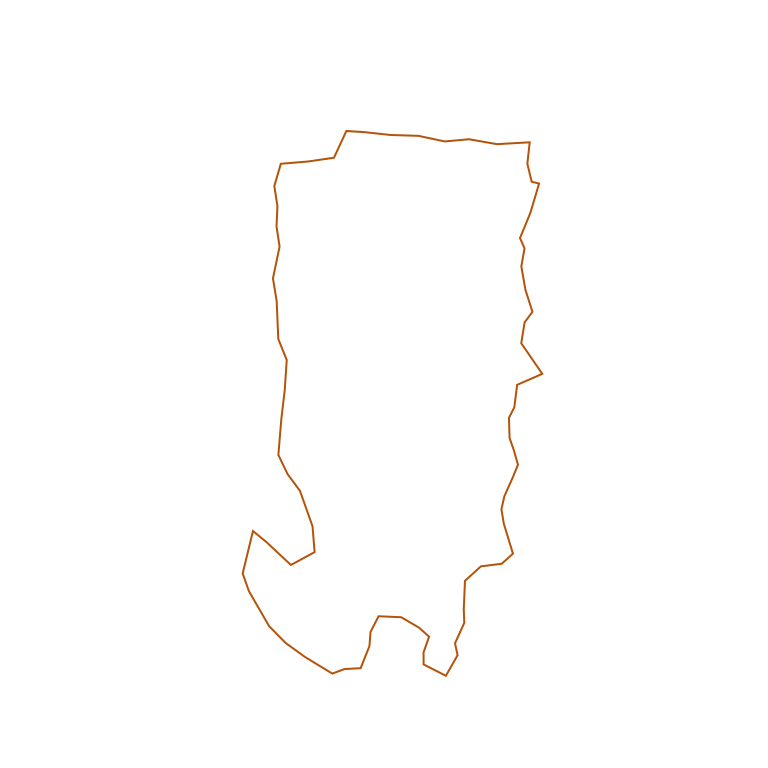 the district of Ardana, Cyprus, rotated 27°
{"feature_id": "46923920B85221731865635", "entity_name": "Ardana", "entity_type": "district", "adm_level": 2, "iso_a3": "CYP", "parent_name": "Cyprus", "parent_adm1": "", "projection": "equal_earth", "projection_center": [33.895, 35.353], "detail": "fine", "context": "isolated", "style": "outline", "palette": "amber", "viewbox_px": 768, "rotation_deg": 27, "n_neighbors": 0, "source": "geoboundaries", "source_scale": "gbopen_adm2", "svg_char_len": 1125}
<svg xmlns="http://www.w3.org/2000/svg" viewBox="0 0 768 768"><g transform="rotate(27 384 384)"><path d="M192.1,234.6L196.4,257.4L208.3,273.9L216.7,292.4L228.6,309.0L237.1,340.3L250.7,358.8L269.4,391.9L286.4,406.7L298.3,434.4L308.5,462.0L322.1,495.2L339.1,508.1L357.7,517.4L384.9,543.2L398.5,565.3L383.2,587.5L350.9,578.2L334.0,574.5L337.9,590.9L344.1,617.0L357.7,629.9L391.7,652.0L413.8,659.4L437.6,663.1L469.4,665.5L478.1,656.0L492.2,647.8L490.0,624.1L484.6,611.2L484.6,593.4L505.2,584.0L525.9,585.2L538.9,588.7L541.1,605.2L546.6,615.9L571.6,615.9L572.7,592.3L565.0,582.8L564.0,560.4L557.4,548.6L545.5,522.6L553.1,502.5L570.5,490.7L575.9,476.6L554.2,454.1L545.5,442.3L542.2,429.3L541.1,408.1L540.0,395.1L530.2,384.5L520.4,375.1L510.7,357.4L510.7,345.6L503.0,324.3L520.4,303.1L509.6,297.2L487.8,285.4L481.3,265.3L483.5,252.3L467.2,235.8L453.0,216.9L447.6,199.3L438.9,192.2L437.8,178.0L436.7,165.0L431.2,135.0L423.7,136.7L411.7,122.6L404.1,102.5L375.8,119.0L348.7,127.3L328.0,140.3L301.9,147.3L276.9,159.1L251.9,168.6L235.6,175.7L236.7,205.1L214.9,220.5L192.1,234.6Z" fill="none" stroke="#b45309" stroke-width="2"/></g></svg>